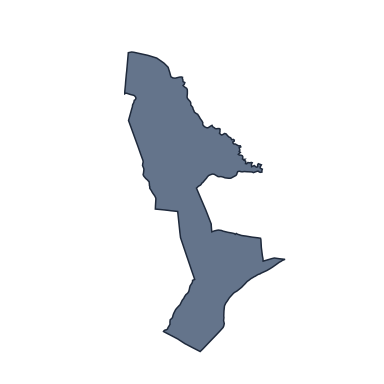 Zé Doca, Maranhão, Brazil (Mercator projection), rotated 70°
{"feature_id": "56859067B5198851125658", "entity_name": "Zé Doca", "entity_type": "district", "adm_level": 2, "iso_a3": "BRA", "parent_name": "Brazil", "parent_adm1": "Maranhão", "projection": "mercator", "projection_center": [-45.921, -3.253], "detail": "fine", "context": "isolated", "style": "filled", "palette": "slate", "viewbox_px": 384, "rotation_deg": 70, "n_neighbors": 0, "source": "geoboundaries", "source_scale": "gbopen_adm2", "svg_char_len": 4567}
<svg xmlns="http://www.w3.org/2000/svg" viewBox="0 0 384 384"><g transform="rotate(70 192 192)"><path d="M197.2,119.5L196.0,119.1L194.6,118.1L193.7,119.0L192.8,119.7L191.8,119.4L191.0,118.4L190.2,117.5L189.1,118.8L188.1,120.0L189.0,121.1L190.7,121.6L190.8,122.8L189.9,123.6L188.4,124.4L188.5,125.8L188.6,127.3L187.3,127.0L186.2,126.6L185.1,125.4L184.5,126.2L184.4,127.3L184.0,128.5L183.4,129.3L184.2,131.0L183.6,132.0L182.5,131.3L181.2,131.1L180.0,132.2L179.4,131.1L179.0,132.6L178.2,133.3L177.5,132.7L176.2,132.2L175.2,132.3L174.1,133.4L173.5,134.9L172.4,135.6L172.0,134.7L171.3,133.0L170.0,133.8L169.0,132.7L167.8,132.6L166.5,132.5L166.3,130.7L165.1,130.8L164.5,132.5L161.7,134.9L161.3,136.1L160.3,136.7L159.0,136.6L158.8,135.1L157.7,134.5L156.7,135.2L156.4,136.8L155.3,137.0L154.3,137.1L152.8,138.6L151.9,139.0L150.8,139.5L149.3,139.9L148.5,140.8L148.1,141.6L148.5,142.8L148.6,144.6L147.7,145.4L146.1,146.1L145.2,145.2L144.0,144.8L142.5,144.1L141.7,144.7L141.2,146.1L140.9,147.6L140.3,148.5L139.1,149.2L137.8,150.2L136.2,150.4L136.4,151.8L136.8,153.4L137.1,155.1L136.6,156.3L135.5,157.4L134.6,158.1L132.7,158.8L131.7,158.7L130.5,158.1L128.5,158.4L125.7,159.2L124.1,159.4L120.9,160.1L119.0,161.7L117.5,162.5L116.3,162.4L114.7,162.6L112.7,162.4L111.2,162.9L109.9,163.4L107.8,162.7L106.8,162.7L105.5,163.1L103.0,164.1L101.8,164.3L100.4,163.9L98.2,162.8L95.5,161.8L94.1,161.4L92.7,161.6L91.4,162.6L90.2,163.4L88.9,164.0L88.0,162.3L86.7,161.3L85.2,162.7L83.5,162.2L81.9,162.2L81.0,161.7L80.3,162.6L79.8,164.2L79.6,165.9L79.3,168.9L78.8,169.9L78.2,171.0L76.5,172.4L71.5,172.0L66.6,171.8L61.4,174.2L54.1,179.3L48.5,186.7L40.9,198.7L39.8,200.8L39.3,204.2L55.6,211.8L58.2,213.1L65.8,216.7L68.3,217.8L72.7,219.9L74.2,220.6L75.3,221.1L76.7,221.6L76.5,220.5L77.0,219.4L78.0,218.2L78.8,217.2L79.7,216.0L80.5,214.7L81.4,213.5L82.4,212.9L83.7,212.5L84.9,212.7L85.9,213.7L86.1,214.9L87.9,216.0L88.8,216.9L89.5,217.8L90.5,218.4L91.6,218.9L92.6,219.7L94.1,220.8L103.1,227.2L107.6,227.2L112.0,227.2L114.2,227.2L126.6,227.2L131.0,227.2L139.5,227.3L145.4,227.3L147.1,227.6L148.2,228.4L149.2,228.9L150.0,229.4L151.1,229.4L152.7,229.3L154.1,229.4L155.2,229.9L156.2,230.4L157.8,231.2L158.7,231.9L159.8,232.0L160.9,231.8L162.2,231.3L163.4,230.9L164.5,230.3L165.5,229.7L166.7,229.3L167.6,228.8L168.5,229.0L169.8,229.3L171.4,229.8L172.9,229.9L173.8,230.4L175.4,230.1L176.8,229.7L177.9,229.6L179.0,229.4L180.2,229.1L181.3,228.8L182.3,228.5L183.2,228.3L184.4,228.2L185.4,228.1L186.6,228.5L191.2,230.5L192.1,230.9L195.5,232.3L197.2,228.7L199.4,224.1L201.5,219.9L202.1,218.8L204.6,213.7L205.4,212.1L225.8,217.2L231.0,218.4L251.5,218.9L252.8,218.9L265.6,219.2L272.5,219.3L275.1,219.4L275.2,221.7L276.2,222.0L277.7,223.3L279.5,225.8L281.0,226.9L282.4,227.7L284.4,229.1L285.6,230.7L286.4,232.9L287.1,233.8L287.7,234.7L289.1,236.1L290.4,238.2L292.3,240.2L293.9,241.8L294.4,243.0L296.0,246.1L296.9,247.6L298.2,249.0L299.9,250.8L301.5,252.1L303.3,253.3L304.0,254.6L304.6,256.2L306.4,257.1L307.8,257.6L308.8,257.9L310.5,260.0L311.1,260.8L312.3,261.8L312.7,263.0L312.5,264.5L312.7,265.6L313.4,266.5L325.4,255.5L326.8,254.5L332.0,250.6L337.9,245.2L344.7,238.9L343.2,235.5L339.7,228.5L334.1,217.1L332.1,213.1L330.0,209.2L328.8,208.0L326.7,206.7L323.7,206.3L320.8,204.9L319.5,204.6L314.8,202.7L310.1,200.4L308.0,198.3L306.2,195.7L304.2,193.1L301.4,187.8L300.9,186.4L300.5,183.8L299.4,180.5L298.5,177.9L297.8,176.5L296.2,173.2L294.9,170.7L294.4,168.7L293.6,166.4L293.2,164.1L292.9,162.8L292.8,161.5L292.6,160.5L292.1,158.2L292.2,156.0L291.9,154.9L291.6,151.1L291.4,148.5L290.7,144.6L290.1,141.9L288.2,135.1L287.8,133.8L287.7,132.4L287.2,130.4L287.1,127.6L284.7,132.5L282.2,137.2L281.9,139.6L281.3,148.8L278.8,148.1L276.2,147.7L267.8,145.8L260.5,143.6L258.9,143.4L257.5,145.9L255.0,150.9L252.6,155.1L251.8,156.5L251.1,157.9L249.8,160.3L248.8,161.6L247.4,163.5L246.1,164.6L246.6,165.8L245.5,166.5L244.2,168.5L242.2,172.0L239.3,176.3L238.2,177.5L236.8,180.2L236.5,181.7L236.2,184.2L236.2,187.0L234.2,186.5L233.1,186.2L229.9,185.3L228.7,184.9L213.9,185.2L203.3,185.8L189.9,186.5L188.8,184.0L188.4,181.6L187.8,180.6L187.0,179.6L186.7,178.5L185.1,175.7L184.0,173.7L183.0,172.3L182.2,170.7L182.1,168.8L182.1,166.7L182.9,165.1L184.5,163.8L186.4,162.3L186.9,161.3L187.4,159.5L188.6,157.7L190.0,156.1L191.8,152.5L192.3,150.7L191.5,145.1L190.9,144.1L189.7,143.2L188.5,142.1L188.6,141.0L188.9,140.0L189.6,139.2L190.2,138.0L190.7,135.7L191.6,133.8L193.1,130.1L193.8,128.6L194.8,127.7L194.8,125.0L194.8,123.6L195.2,122.5L196.2,122.0L196.9,121.1L197.2,119.5Z" fill="#64748b" stroke="#1e293b" stroke-width="1.5"/></g></svg>